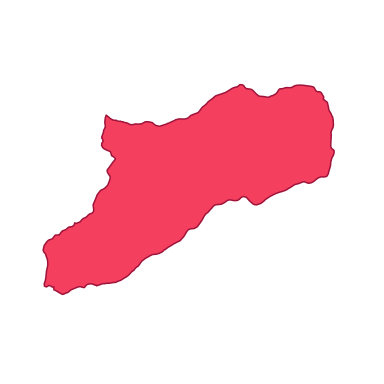 outline of Chomphet, Louangphrabang, Laos, rotated 18°
{"feature_id": "54806243B51917372677648", "entity_name": "Chomphet", "entity_type": "district", "adm_level": 2, "iso_a3": "LAO", "parent_name": "Laos", "parent_adm1": "Louangphrabang", "projection": "equal_earth", "projection_center": [101.914, 19.859], "detail": "fine", "context": "isolated", "style": "filled", "palette": "rose", "viewbox_px": 384, "rotation_deg": 18, "n_neighbors": 0, "source": "geoboundaries", "source_scale": "gbopen_adm2", "svg_char_len": 5977}
<svg xmlns="http://www.w3.org/2000/svg" viewBox="0 0 384 384"><g transform="rotate(18 192 192)"><path d="M315.1,111.6L314.6,109.3L314.3,108.8L313.9,108.4L313.3,108.1L312.4,107.9L311.6,107.6L310.9,107.1L310.2,106.3L309.7,105.2L308.9,102.7L308.7,101.5L308.3,100.5L307.6,97.5L306.9,95.0L305.9,92.6L305.7,91.2L305.8,89.5L306.2,87.3L305.9,85.0L305.3,83.2L304.1,80.1L302.7,77.4L301.5,76.3L299.3,73.8L297.7,72.6L296.5,71.1L295.3,68.7L293.2,65.3L292.6,64.7L291.2,64.3L289.2,63.5L288.4,63.4L288.1,61.5L287.7,60.7L284.6,57.9L283.8,57.4L282.8,57.2L280.0,57.8L279.5,57.7L278.5,57.3L277.7,56.7L276.2,55.2L275.6,54.8L274.4,54.6L271.8,54.8L270.1,55.2L266.6,55.8L264.4,56.2L261.6,57.0L259.2,57.9L258.0,58.5L256.3,59.7L255.2,61.1L254.6,61.7L253.2,62.4L251.4,63.0L250.3,63.3L248.9,63.8L246.8,65.3L245.5,66.1L243.9,66.6L243.3,67.2L242.9,68.1L242.2,70.9L241.4,72.8L238.9,75.4L237.2,76.5L235.8,78.0L234.9,78.4L233.5,78.7L231.5,78.9L229.1,79.4L227.6,79.8L226.5,80.0L225.4,79.9L222.7,78.8L220.4,77.6L218.5,76.6L217.4,76.2L216.5,76.1L215.3,76.2L212.4,76.8L211.2,76.7L209.7,76.1L209.2,75.5L208.7,75.1L207.8,74.7L206.9,74.5L204.5,75.0L204.1,75.4L203.9,76.1L202.7,77.7L202.2,78.2L201.2,78.7L199.3,80.0L198.1,81.1L193.5,86.6L192.6,87.4L191.6,88.1L190.0,89.4L185.3,92.8L184.4,93.8L183.6,95.0L183.0,96.2L179.9,100.6L179.5,101.2L178.6,103.5L177.6,105.3L175.7,108.0L175.5,108.6L175.0,110.0L174.7,110.5L174.3,112.2L173.8,113.4L173.3,114.4L172.8,115.0L172.4,115.3L171.8,115.9L170.5,116.7L169.5,117.6L169.1,118.0L168.7,118.3L168.1,118.9L167.3,119.4L167.0,119.7L166.5,121.0L165.0,123.2L163.9,124.0L162.4,124.9L159.1,125.9L158.1,126.1L155.8,127.2L155.1,127.8L154.2,128.3L153.9,128.6L153.5,129.1L152.2,130.4L150.9,131.5L150.3,132.1L148.9,133.4L147.2,134.6L146.9,135.1L145.5,136.2L144.4,136.9L143.0,138.0L141.1,139.3L140.5,139.6L139.4,139.7L138.9,139.7L137.6,139.9L137.2,139.8L136.6,139.9L135.6,139.4L135.0,139.3L132.8,138.3L132.4,138.3L131.0,138.5L130.6,138.4L128.9,138.7L127.6,139.1L126.9,139.2L126.4,139.5L125.7,139.8L124.3,141.4L123.1,142.5L122.1,143.1L118.8,144.5L117.8,144.5L117.3,144.7L114.7,146.3L114.0,146.5L113.3,146.8L112.8,146.8L112.2,147.0L111.9,146.9L111.2,146.8L110.7,146.6L108.4,146.4L108.0,146.4L106.9,146.8L105.9,146.6L105.0,146.7L104.5,146.6L103.3,146.9L102.0,146.8L100.7,147.3L99.4,147.5L98.8,147.5L97.8,147.2L97.1,147.4L96.0,147.8L94.1,147.9L91.2,147.3L90.4,146.8L89.7,146.5L88.5,146.2L87.5,145.6L86.9,145.5L86.6,145.6L86.6,148.1L87.1,150.8L87.6,152.8L88.7,155.1L89.4,156.8L89.2,159.1L88.9,160.6L89.3,162.6L89.2,167.2L89.3,167.4L89.2,167.7L89.6,168.1L89.5,168.6L90.5,169.2L90.9,169.8L91.1,170.2L91.2,170.6L91.5,170.9L91.7,171.3L91.8,171.7L91.3,172.9L91.1,173.7L91.2,174.1L91.6,175.2L91.6,175.6L92.0,176.1L93.3,177.3L95.1,178.1L96.7,178.3L98.1,178.6L99.7,178.6L101.7,178.9L102.6,179.6L103.4,181.0L104.3,182.3L105.8,182.6L107.6,183.2L108.8,184.0L108.9,184.6L107.4,188.6L105.4,194.9L104.7,196.9L104.6,197.8L105.4,199.3L107.4,201.1L109.1,202.3L109.9,203.9L110.0,205.8L109.9,209.2L109.7,211.6L108.2,214.7L107.1,216.4L105.7,217.6L104.6,218.7L103.8,220.7L102.7,223.9L102.5,227.5L101.9,234.7L103.9,239.0L104.3,240.8L103.9,242.2L103.3,243.3L101.9,244.0L100.6,245.7L99.7,247.6L98.7,249.1L97.0,250.6L95.9,252.1L94.9,254.9L91.7,257.6L90.0,257.7L90.2,259.6L88.9,261.8L85.6,263.5L83.6,266.8L80.8,269.0L79.8,271.1L79.2,273.5L77.2,274.6L75.2,275.3L74.4,277.7L73.4,280.0L72.3,280.7L70.5,282.0L69.3,284.2L68.0,288.5L68.1,291.0L68.5,293.6L69.8,295.0L71.8,296.2L73.4,298.5L74.9,300.2L76.3,302.9L77.5,306.5L78.1,312.5L78.7,315.2L79.3,317.7L79.9,321.8L79.8,325.0L80.8,327.1L82.7,327.3L83.8,326.4L84.7,325.1L86.3,325.0L88.5,325.6L89.8,325.0L90.9,327.7L92.2,327.7L97.9,329.0L100.6,329.4L102.1,328.3L103.8,326.6L104.5,326.4L105.4,325.3L107.2,322.4L112.2,318.1L114.0,316.9L115.3,316.5L117.5,316.5L118.5,316.3L119.2,316.1L119.7,314.8L120.3,313.2L121.0,312.3L122.9,311.1L124.7,310.4L125.8,310.3L128.8,310.5L130.1,310.3L130.4,310.6L131.3,309.7L132.6,309.1L134.0,307.8L135.1,307.0L136.2,306.5L137.9,305.9L138.6,305.5L138.8,305.2L139.3,305.0L140.1,304.9L141.7,304.3L144.2,302.9L147.1,301.6L147.8,301.1L149.5,299.5L150.9,298.5L151.6,297.9L154.6,294.2L155.0,293.9L155.4,293.6L156.6,291.8L157.3,290.9L159.3,286.5L161.0,284.2L161.2,283.6L161.3,283.0L161.8,281.8L162.7,280.3L163.6,279.4L164.0,278.4L164.3,277.5L164.7,276.2L165.1,274.7L166.1,272.5L167.5,270.6L168.2,269.5L168.6,269.2L168.9,268.7L169.4,268.2L170.8,266.8L171.7,265.6L172.5,265.0L173.1,264.2L173.8,263.7L177.2,262.2L178.2,261.6L180.0,260.3L182.4,257.9L182.8,257.0L183.1,256.1L184.3,255.0L186.7,251.5L187.5,250.8L188.5,249.5L189.8,248.1L190.1,247.6L190.5,247.1L191.3,246.3L191.8,245.9L193.2,244.3L194.1,243.6L195.1,242.7L195.6,242.2L196.0,241.4L196.2,240.9L198.0,236.8L199.3,231.2L199.9,229.4L201.2,228.0L202.0,227.6L202.6,227.2L203.8,226.8L205.2,226.1L206.2,225.2L207.6,223.7L208.1,222.7L208.4,221.5L209.2,219.2L209.8,217.2L210.5,214.5L211.0,211.3L211.2,210.6L211.9,208.9L212.2,208.0L213.3,206.8L214.9,203.0L215.9,201.0L216.5,199.3L217.0,198.4L217.5,197.7L218.3,197.0L219.0,196.6L219.7,196.3L222.5,195.1L223.9,194.3L225.2,193.1L226.5,191.6L228.1,189.3L229.2,188.4L230.7,187.7L232.8,187.4L234.2,187.3L236.4,186.6L237.4,186.2L238.4,185.4L239.3,184.3L240.0,182.8L240.7,181.7L241.4,181.0L242.8,180.3L244.5,180.3L245.5,180.3L246.7,181.0L248.6,182.2L250.2,183.0L253.7,184.5L254.7,184.6L255.6,184.7L257.5,184.2L258.5,183.5L259.1,183.0L260.7,181.8L261.3,181.2L263.2,178.4L264.2,176.4L268.0,171.6L269.3,170.5L269.7,169.9L272.6,167.2L275.8,164.8L277.1,164.0L280.3,161.6L281.8,160.0L282.7,158.8L283.7,157.8L285.4,155.8L286.6,154.1L287.3,153.4L288.3,152.6L289.6,151.8L290.6,151.2L294.2,148.3L295.1,147.7L296.0,147.5L298.2,147.7L300.2,147.7L300.9,147.3L302.8,146.2L304.1,144.8L305.2,143.3L306.3,141.5L307.2,140.2L308.8,138.6L310.6,137.5L312.7,137.0L314.8,135.9L315.3,135.4L315.6,134.6L315.9,132.9L316.0,132.2L315.8,131.2L315.7,127.6L315.7,126.3L315.6,125.5L315.7,124.8L314.7,120.4L314.5,116.3L315.1,113.5L315.1,111.6Z" fill="#f43f5e" stroke="#9f1239" stroke-width="1.5"/></g></svg>